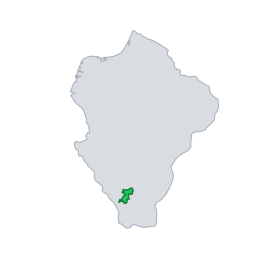 Damboa, Borno, Nigeria shown in context, rotated 118°
{"feature_id": "59680162B27422550871896", "entity_name": "Damboa", "entity_type": "district", "adm_level": 2, "iso_a3": "NGA", "parent_name": "Nigeria", "parent_adm1": "Borno", "projection": "mercator", "projection_center": [12.591, 11.064], "detail": "fine", "context": "in_parent", "style": "filled", "palette": "green", "viewbox_px": 256, "rotation_deg": 118, "n_neighbors": 0, "source": "geoboundaries", "source_scale": "gbopen_adm2", "svg_char_len": 4650}
<svg xmlns="http://www.w3.org/2000/svg" viewBox="0 0 256 256"><g transform="rotate(118 128 128)"><path d="M201.8,58.1L208.6,67.7L210.0,74.8L210.6,78.3L211.7,78.7L213.9,78.9L215.4,79.6L216.3,80.7L216.9,81.8L217.0,82.5L216.6,86.7L216.0,88.3L216.3,90.4L216.2,91.2L216.0,91.9L215.1,92.6L213.8,93.2L210.7,95.3L209.8,95.6L208.5,95.6L207.4,96.1L206.1,97.2L203.2,101.3L200.7,105.3L198.9,111.9L196.8,114.0L196.4,115.8L196.1,119.9L195.7,121.1L195.4,121.5L193.0,122.2L191.7,123.2L190.9,125.0L189.9,131.3L189.5,132.4L188.7,133.5L187.6,134.6L186.5,135.3L183.9,135.7L181.3,140.4L181.3,141.3L180.2,145.6L178.2,148.8L178.1,150.9L175.6,153.7L174.4,155.6L175.7,157.7L175.8,158.0L171.6,161.4L171.3,161.9L171.2,164.3L170.8,164.9L170.1,165.8L168.9,166.7L167.8,167.5L166.5,168.0L165.2,168.2L164.5,167.9L164.1,167.2L163.4,164.3L163.1,163.6L162.3,163.1L159.0,159.9L157.1,158.8L156.6,158.9L156.3,159.2L155.8,160.8L155.2,161.4L154.2,161.6L152.4,161.6L151.1,161.4L150.8,161.0L150.2,159.8L146.2,162.7L144.7,163.3L143.0,166.8L140.4,168.5L138.7,169.9L134.0,174.6L133.1,176.0L132.2,178.0L130.2,186.8L126.9,192.2L126.5,193.4L126.3,193.3L125.9,193.8L124.6,193.5L124.1,192.5L123.3,192.3L122.0,190.9L121.7,191.1L123.1,194.9L122.6,196.3L118.6,196.4L115.2,196.9L112.9,196.8L111.7,196.3L111.2,194.9L111.0,195.0L110.9,195.8L110.2,196.4L107.5,196.5L106.4,195.5L105.4,194.4L104.4,194.0L104.6,194.4L105.8,195.5L105.6,197.0L103.5,198.7L102.2,198.8L101.3,198.1L100.9,196.8L100.7,195.0L100.1,193.8L99.8,193.8L100.2,195.8L100.2,197.7L101.2,199.1L99.7,199.5L97.8,199.6L97.6,199.1L97.4,197.9L97.0,197.6L96.7,199.6L92.9,200.1L92.3,200.0L92.2,199.7L92.5,199.1L92.4,198.2L91.6,198.9L91.5,200.3L91.0,200.5L89.5,200.3L88.0,199.6L85.4,197.9L82.2,195.0L81.7,193.7L80.8,192.1L79.2,187.8L79.5,187.6L80.2,187.8L80.6,187.4L79.3,187.1L79.0,186.8L78.9,185.8L79.0,184.7L81.0,184.0L81.4,183.3L81.7,182.6L79.2,183.7L77.0,182.5L76.5,181.7L76.7,181.2L79.4,181.1L80.3,180.6L79.7,180.4L78.7,180.4L78.3,180.0L78.4,179.1L78.0,179.3L77.6,180.1L76.1,180.7L75.2,180.1L75.1,178.8L74.9,178.2L74.1,177.8L71.4,174.3L68.0,171.5L65.0,169.5L60.5,168.6L50.9,168.6L50.4,168.3L51.0,167.9L51.8,167.6L54.9,166.0L54.4,165.8L51.2,166.8L50.1,166.9L48.7,168.8L39.3,169.2L39.3,168.3L39.7,165.8L40.3,164.1L39.7,161.9L39.5,160.0L39.9,159.4L40.0,158.7L39.9,153.8L40.4,153.1L40.5,152.6L39.5,150.5L39.5,148.9L39.3,147.3L39.0,146.6L39.4,140.6L39.2,139.1L39.5,138.0L39.7,135.4L39.7,132.9L40.3,128.9L44.3,128.4L45.3,126.8L45.9,124.8L45.7,122.8L47.0,121.1L48.6,119.5L48.5,117.9L49.0,117.3L49.7,116.9L50.8,116.7L52.0,115.9L52.6,114.4L53.3,112.1L52.3,110.4L52.3,110.1L52.7,109.2L53.3,108.3L53.8,108.0L55.0,108.3L55.4,107.9L56.1,105.3L56.0,104.6L55.0,102.9L54.3,98.1L54.0,97.5L53.2,96.7L50.9,93.3L51.0,91.8L51.9,89.7L52.5,88.8L53.4,88.2L53.6,87.7L53.3,87.2L52.9,86.8L52.8,85.8L53.2,84.6L53.1,83.2L53.3,76.0L55.1,74.6L57.8,72.3L59.2,69.9L59.9,68.0L60.8,61.8L62.2,61.2L64.9,58.9L68.5,57.6L70.9,57.2L75.0,57.5L77.1,57.3L78.9,56.0L79.7,55.7L80.8,55.5L91.1,58.7L92.1,58.5L92.9,58.8L94.2,59.6L97.2,62.6L100.4,67.2L101.4,68.2L102.4,68.7L103.4,68.9L104.1,68.9L104.9,68.4L105.9,67.5L107.4,67.1L108.6,67.2L115.1,63.7L115.7,63.6L119.6,64.4L125.0,67.9L129.4,70.3L132.5,71.0L136.1,71.6L142.3,71.8L147.0,66.8L148.7,65.7L150.8,64.7L155.1,63.8L162.3,63.2L169.1,63.4L173.3,64.3L177.7,65.9L179.6,67.5L182.6,67.7L184.8,67.4L185.5,65.9L187.6,63.9L190.8,62.0L193.5,60.7L195.6,60.1L197.6,58.6L199.1,58.1L201.8,58.1ZM107.8,198.4L106.3,198.9L105.4,198.8L106.7,196.8L107.3,197.2L108.2,197.4L107.8,198.4Z" fill="#d9dde1" stroke="#a8b0b8" stroke-width="1"/><path d="M184.6,103.3L185.4,102.8L185.5,102.7L186.0,102.2L186.3,102.6L186.6,103.0L187.6,102.9L187.8,102.6L187.3,102.3L187.2,102.2L187.0,101.9L187.2,101.6L187.3,101.4L187.4,101.0L187.7,100.6L187.7,100.3L187.8,99.7L187.9,99.1L188.4,99.2L188.7,99.3L189.0,99.7L189.3,99.7L189.6,99.6L190.2,99.9L190.5,99.9L192.5,100.1L193.4,100.1L194.1,100.2L194.2,99.8L194.9,99.9L195.1,100.0L195.0,101.5L195.9,101.5L196.3,100.9L196.8,101.0L197.0,101.2L197.4,101.4L197.6,101.4L197.7,101.2L197.5,100.8L197.4,100.7L197.1,100.6L196.0,100.2L195.3,98.2L194.9,97.4L196.0,96.7L195.6,94.5L194.2,94.2L191.3,95.2L190.4,94.3L190.2,93.9L189.9,94.7L189.0,94.8L187.3,96.1L186.6,96.1L186.2,96.3L185.9,96.3L185.5,95.8L184.8,95.3L185.2,94.4L184.4,93.4L184.2,93.5L183.6,93.5L182.9,93.7L181.5,94.2L181.1,93.9L180.9,93.9L180.8,94.1L180.8,94.3L180.8,94.5L180.7,94.6L180.6,94.8L180.3,94.9L180.1,95.1L179.8,95.3L179.7,95.3L179.4,95.5L179.4,95.8L179.4,96.0L179.5,96.2L179.5,96.3L179.5,96.5L179.6,96.8L179.6,97.0L179.8,97.3L180.1,97.5L182.5,99.0L182.8,99.4L183.5,100.3L184.4,101.9L184.4,102.3L184.6,103.3Z" fill="#22c55e" stroke="#15803d" stroke-width="1.5"/></g></svg>